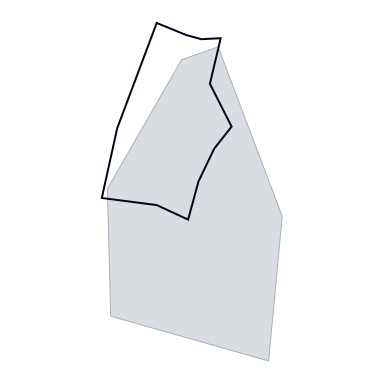 Montserrat, with Saint Peter highlighted
{"feature_id": "MSR-5089", "entity_name": "Saint Peter", "entity_type": "Parish", "adm_level": 1, "iso_a3": "MSR", "parent_name": "Montserrat", "parent_adm1": "", "projection": "orthographic", "projection_center": [-62.194, 16.779], "detail": "fine", "context": "in_parent", "style": "outline", "palette": "ink", "viewbox_px": 384, "rotation_deg": 0, "n_neighbors": 0, "source": "natural_earth", "source_scale": "10m", "svg_char_len": 422}
<svg xmlns="http://www.w3.org/2000/svg" viewBox="0 0 384 384"><path d="M282.2,216.3L268.6,361.0L110.7,316.2L107.4,188.8L181.7,59.6L218.1,46.9L282.2,216.3Z" fill="#d9dde1" stroke="#a8b0b8" stroke-width="1"/><path d="M101.8,198.0L117.2,128.3L156.7,23.0L186.1,35.0L201.4,39.2L220.7,38.2L209.9,83.8L231.6,126.6L214.2,148.7L198.5,181.4L188.1,219.6L156.7,205.1L101.8,198.0Z" fill="none" stroke="#020617" stroke-width="2"/></svg>